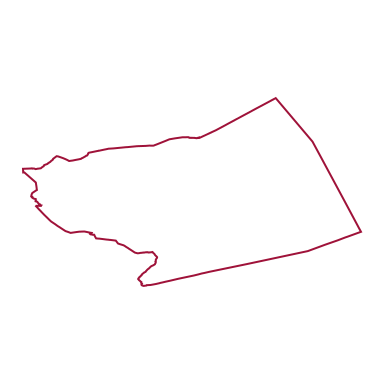 outline of Øyer nor, Oppland, Norway
{"feature_id": "86288312B79344664474428", "entity_name": "Øyer nor", "entity_type": "district", "adm_level": 2, "iso_a3": "NOR", "parent_name": "Norway", "parent_adm1": "Oppland", "projection": "natural_earth1", "projection_center": [10.395, 61.327], "detail": "fine", "context": "isolated", "style": "outline", "palette": "rose", "viewbox_px": 384, "rotation_deg": 0, "n_neighbors": 0, "source": "geoboundaries", "source_scale": "gbopen_adm2", "svg_char_len": 5185}
<svg xmlns="http://www.w3.org/2000/svg" viewBox="0 0 384 384"><path d="M118.0,243.5L119.7,244.1L123.6,245.3L124.5,245.8L125.4,246.4L126.1,246.9L128.1,248.1L128.9,248.7L130.8,249.9L132.3,250.9L132.5,251.0L133.2,251.5L134.9,252.6L137.6,253.3L138.9,253.2L140.3,252.9L141.7,252.8L142.1,252.7L142.7,252.7L143.1,252.6L143.4,252.6L143.8,252.5L144.0,252.6L145.7,252.3L146.4,252.2L146.6,252.3L146.9,252.3L147.4,252.3L147.5,252.3L147.6,252.2L147.8,252.2L148.1,252.3L148.5,252.5L148.9,252.5L149.2,252.5L150.2,252.3L151.1,252.3L151.3,252.2L151.5,252.2L152.5,252.0L153.2,252.9L154.4,253.9L154.7,254.4L155.1,255.1L155.9,255.9L156.3,256.2L156.7,256.7L157.1,257.1L157.1,257.5L156.8,258.2L156.4,258.7L155.8,259.7L155.8,260.9L155.4,261.5L155.5,261.8L155.8,262.1L155.7,262.5L155.5,263.1L155.4,263.3L155.2,263.5L155.0,263.9L155.0,264.1L154.8,264.3L154.5,264.6L153.9,264.9L153.5,265.1L153.1,265.4L151.9,265.9L151.1,266.3L150.7,266.7L150.2,267.1L150.0,267.3L149.9,267.5L149.3,268.0L149.1,268.2L149.0,268.4L148.8,268.6L148.2,268.9L147.8,269.3L147.4,269.6L147.2,269.8L146.9,270.2L146.7,270.4L146.3,270.8L146.0,271.1L145.9,271.4L145.8,271.6L145.5,271.8L145.3,272.0L145.0,272.1L144.4,272.4L144.3,272.5L144.0,272.6L143.8,272.9L143.3,273.2L143.0,273.5L142.0,274.3L141.8,274.6L141.6,274.8L141.6,275.0L141.6,275.3L141.2,275.6L140.6,276.0L140.4,276.4L140.1,276.6L139.5,277.0L139.4,277.1L139.4,277.3L139.4,277.5L139.1,277.8L138.8,277.9L138.7,278.0L138.4,278.5L138.2,278.8L138.2,279.2L138.3,279.3L138.8,279.7L138.9,280.0L139.2,280.3L139.4,280.4L139.6,280.6L140.3,281.2L140.6,281.6L140.9,281.7L141.2,281.9L141.3,282.0L141.2,282.2L141.3,282.4L141.2,282.7L141.3,282.9L141.4,283.2L141.7,283.4L142.0,283.6L141.9,283.8L141.6,284.0L141.4,284.1L141.4,284.4L141.7,285.2L142.6,285.6L143.2,285.8L143.7,285.8L143.8,285.9L146.5,285.5L146.8,285.1L148.2,285.1L150.3,285.0L151.0,284.9L155.9,284.0L159.4,283.2L160.3,282.9L160.8,282.8L162.7,282.4L165.6,281.7L170.2,280.7L178.2,278.8L193.9,275.5L198.4,274.4L201.7,273.5L204.2,273.0L209.4,271.8L246.3,264.2L307.8,251.1L324.9,244.8L337.8,240.3L345.4,237.4L347.5,236.7L361.0,231.8L358.7,227.6L357.7,225.7L344.6,201.2L327.6,169.6L321.0,157.3L312.5,141.6L293.9,119.6L275.7,98.1L255.9,108.7L215.8,130.3L212.1,132.0L199.7,137.8L199.5,137.7L199.4,137.6L199.2,137.4L199.1,137.5L198.9,137.8L198.8,138.0L198.7,138.0L198.7,137.9L198.3,137.8L198.1,137.8L197.8,137.9L197.6,138.0L197.4,137.9L197.1,138.0L196.8,138.1L196.7,138.2L196.3,138.1L196.2,138.1L195.9,138.1L195.7,138.1L195.4,138.0L195.2,138.0L194.8,138.0L194.6,137.9L194.4,137.9L193.9,137.9L193.3,137.9L192.9,137.9L192.6,137.9L192.2,137.8L191.9,137.8L191.6,137.8L191.4,137.9L191.1,137.8L190.9,137.8L190.6,137.9L190.0,137.9L189.9,137.9L189.8,137.7L189.7,137.6L189.2,137.6L188.9,137.6L188.7,137.4L188.4,137.2L182.3,137.3L174.7,138.4L169.4,139.3L165.3,141.0L156.0,144.7L155.1,145.0L153.7,145.6L152.5,145.7L149.4,145.6L145.7,145.9L137.0,146.2L133.9,146.5L127.6,147.1L125.8,147.2L113.6,148.4L110.4,148.6L108.6,148.7L105.9,149.3L104.8,149.5L99.6,150.6L99.3,150.7L98.9,150.7L98.7,150.7L98.6,150.8L97.4,151.0L91.6,152.2L91.1,152.3L90.9,152.3L88.7,152.8L88.1,153.4L88.1,153.9L87.8,154.5L87.7,154.6L87.3,155.3L87.2,155.4L86.9,155.6L86.2,155.7L85.9,156.0L85.4,156.3L85.0,156.6L84.4,156.9L82.5,158.0L81.6,158.3L81.3,158.7L80.9,158.8L80.4,159.0L79.9,159.1L79.5,159.1L78.9,159.3L75.7,159.9L72.8,160.5L69.1,161.0L67.5,160.1L65.8,159.3L63.2,158.2L60.4,157.2L58.0,156.4L56.6,156.2L53.7,158.4L53.4,158.6L53.3,158.8L53.1,158.9L53.1,159.0L52.9,159.6L52.6,159.8L52.3,160.1L52.1,160.3L51.9,160.4L51.6,160.6L51.4,160.7L51.0,161.1L50.8,161.3L50.6,161.5L50.4,161.8L50.1,162.0L49.5,162.3L49.3,162.4L48.9,162.8L48.2,163.1L47.5,163.9L44.2,165.1L44.0,165.4L44.0,165.6L43.7,166.2L43.5,166.4L42.9,166.6L42.0,167.3L41.5,167.7L41.4,167.8L41.2,168.0L40.8,168.3L37.8,168.7L37.5,168.7L36.8,168.9L35.6,169.1L34.0,168.5L33.7,168.5L32.7,168.5L32.2,168.4L31.8,168.4L31.8,168.5L31.3,168.4L31.2,168.5L23.0,168.8L23.2,172.5L24.3,172.4L35.8,182.5L36.4,186.2L36.6,187.8L36.7,188.8L36.9,190.0L35.7,190.7L32.3,193.0L32.1,193.4L31.6,194.5L31.3,195.9L32.1,196.7L31.6,196.9L32.1,197.5L32.6,197.4L32.9,198.1L33.5,198.5L35.4,199.0L36.1,199.1L36.5,199.2L36.4,199.2L36.3,199.3L35.9,199.5L35.7,199.8L35.6,200.3L35.8,200.5L35.6,201.3L36.2,201.5L37.3,201.8L38.0,202.9L38.1,203.0L38.3,203.1L38.8,203.9L39.0,203.9L39.3,204.1L39.5,204.2L39.8,204.3L40.2,204.5L40.3,204.7L40.2,205.0L40.3,205.1L40.7,205.3L41.1,205.4L41.0,205.5L40.9,205.9L38.1,205.8L36.7,205.9L36.3,205.9L35.6,205.7L35.4,205.5L36.3,206.5L37.3,207.5L38.2,208.5L38.8,209.2L39.6,210.0L40.9,211.3L41.5,212.0L44.3,214.9L48.2,218.7L49.4,219.9L51.1,221.5L53.2,222.9L55.3,224.3L55.7,224.6L57.6,226.0L59.9,227.4L60.3,227.7L63.8,230.0L65.5,231.1L67.9,231.9L68.5,232.1L70.6,232.9L76.8,232.0L79.2,231.7L84.2,231.5L84.9,231.6L90.3,232.7L91.7,232.9L91.5,233.3L90.9,233.3L91.3,233.8L90.4,233.8L90.1,234.0L90.3,234.2L90.7,234.3L91.1,234.5L91.4,234.4L91.8,234.4L92.2,234.6L92.8,234.8L93.3,234.7L93.7,234.8L94.1,234.7L94.3,234.9L94.5,235.5L95.4,237.2L96.1,238.4L98.3,238.6L99.0,238.6L104.6,239.3L105.3,239.4L107.0,239.6L108.4,239.7L108.9,239.8L109.4,239.9L110.2,239.9L111.0,240.0L115.8,240.6L118.0,243.5Z" fill="none" stroke="#9f1239" stroke-width="2"/></svg>